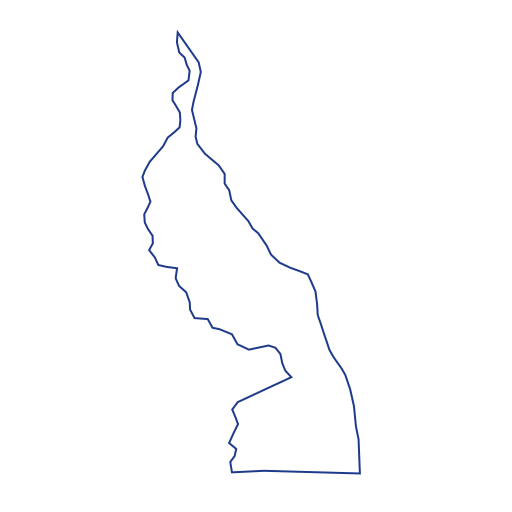 outline of Embakasi North, Nairobi, Kenya, rotated 274°
{"feature_id": "3690345B82574132257993", "entity_name": "Embakasi North", "entity_type": "district", "adm_level": 2, "iso_a3": "KEN", "parent_name": "Kenya", "parent_adm1": "Nairobi", "projection": "natural_earth1", "projection_center": [36.904, -1.247], "detail": "fine", "context": "isolated", "style": "outline", "palette": "blue", "viewbox_px": 512, "rotation_deg": 274, "n_neighbors": 0, "source": "geoboundaries", "source_scale": "gbopen_adm2", "svg_char_len": 1438}
<svg xmlns="http://www.w3.org/2000/svg" viewBox="0 0 512 512"><g transform="rotate(274 256 256)"><path d="M224.8,317.8L233.6,313.2L241.3,309.0L243.9,300.7L246.6,291.2L250.9,280.1L258.4,270.9L267.0,266.0L278.8,256.7L283.2,250.6L290.1,246.1L297.1,239.0L302.7,233.3L309.8,227.5L319.7,224.7L326.0,219.7L335.7,219.0L344.0,212.3L349.7,204.4L354.4,198.0L363.7,189.7L370.9,187.4L379.0,187.7L388.2,184.8L397.3,181.9L405.9,183.0L423.1,186.2L435.7,188.1L445.2,185.3L473.5,162.3L463.6,162.2L453.6,165.3L448.9,171.0L442.0,173.5L436.1,176.9L426.5,176.4L418.5,166.8L412.9,161.6L405.6,161.8L400.2,165.7L393.9,170.0L386.0,171.1L379.0,170.8L373.6,165.7L368.0,159.7L358.9,155.6L342.7,143.5L333.5,139.2L326.9,137.2L318.1,140.3L310.0,144.0L302.9,146.9L296.2,144.4L289.8,141.6L281.7,142.7L275.2,146.5L269.0,151.4L261.4,152.2L254.4,149.0L247.5,155.2L240.2,159.2L238.9,167.5L238.3,178.1L228.2,177.4L220.8,181.3L214.9,188.9L205.2,193.1L197.9,194.0L189.8,199.0L189.7,212.3L181.4,217.6L180.4,224.8L176.2,237.5L166.7,243.6L162.1,255.4L167.6,274.8L165.8,281.8L159.9,287.2L150.8,289.7L143.6,293.3L137.6,299.7L109.0,248.0L101.2,243.0L93.2,247.0L87.0,249.8L77.8,246.0L67.5,242.2L62.2,249.7L55.1,248.7L48.7,244.7L38.5,247.1L42.3,279.0L46.3,374.8L80.3,371.1L92.9,367.6L113.0,364.2L129.7,359.2L143.7,353.3L149.9,349.1L160.4,340.5L167.7,335.7L174.8,332.8L183.6,329.1L193.5,325.1L201.4,321.7L212.2,320.3L224.8,317.8Z" fill="none" stroke="#1e3a8a" stroke-width="2"/></g></svg>